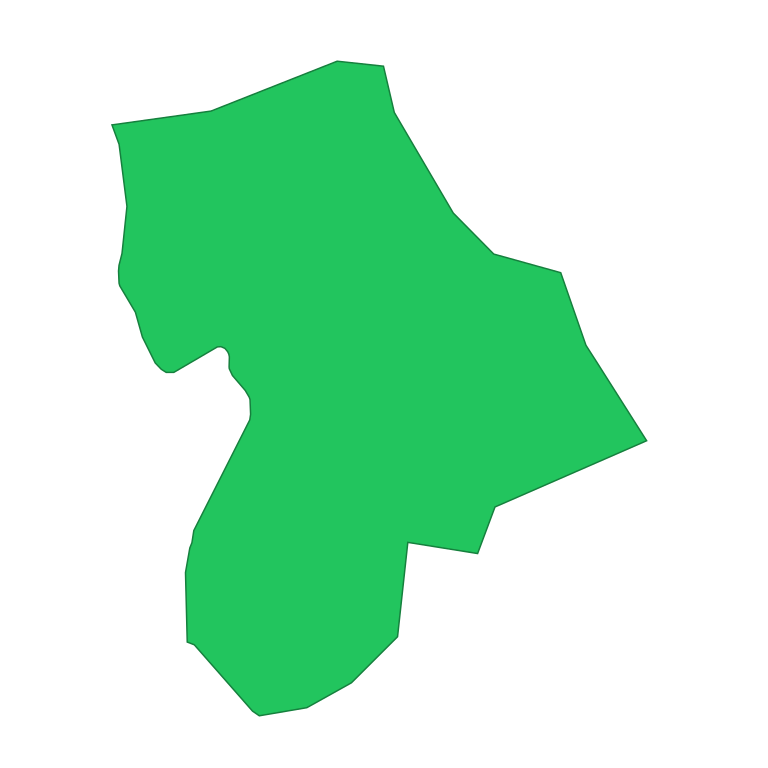 Havering, orthographic projection, rotated 357°
{"feature_id": "GBR-2675", "entity_name": "Havering", "entity_type": "London Borough", "adm_level": 1, "iso_a3": "GBR", "parent_name": "United Kingdom", "parent_adm1": "", "projection": "orthographic", "projection_center": [0.199, 51.556], "detail": "fine", "context": "isolated", "style": "filled", "palette": "green", "viewbox_px": 768, "rotation_deg": 357, "n_neighbors": 0, "source": "natural_earth", "source_scale": "10m", "svg_char_len": 805}
<svg xmlns="http://www.w3.org/2000/svg" viewBox="0 0 768 768"><g transform="rotate(357 384 384)"><path d="M136.6,193.2L132.0,130.8L125.9,111.0L225.5,102.4L354.1,59.2L400.1,66.6L408.5,113.4L462.1,216.9L500.4,260.0L566.3,282.1L587.7,355.9L598.4,374.7L643.3,454.4L488.4,512.6L468.6,558.2L399.5,543.4L384.3,637.1L335.8,680.7L290.0,703.2L242.1,708.8L235.6,703.8L180.9,634.5L174.0,631.4L175.9,561.9L181.5,537.6L183.9,532.4L186.4,520.4L248.1,412.8L249.2,407.3L249.4,392.6L248.7,390.1L245.1,383.2L233.1,367.6L230.3,360.7L230.2,358.9L231.0,348.8L230.6,346.1L229.6,343.6L227.0,340.1L223.2,338.2L219.6,338.2L174.7,361.4L167.1,361.0L162.4,357.7L156.7,351.1L145.2,324.5L139.5,299.3L125.3,272.2L124.7,269.5L124.8,257.3L125.6,251.6L129.2,239.9L136.6,193.2Z" fill="#22c55e" stroke="#15803d" stroke-width="1.5"/></g></svg>